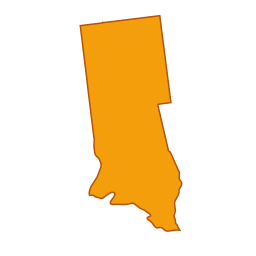 outline of North Darfur, rotated 353°
{"feature_id": "SDN-881", "entity_name": "North Darfur", "entity_type": "State", "adm_level": 1, "iso_a3": "SDN", "parent_name": "Sudan", "parent_adm1": "", "projection": "robinson", "projection_center": [25.452, 15.918], "detail": "fine", "context": "isolated", "style": "filled", "palette": "amber", "viewbox_px": 256, "rotation_deg": 353, "n_neighbors": 0, "source": "natural_earth", "source_scale": "10m", "svg_char_len": 2337}
<svg xmlns="http://www.w3.org/2000/svg" viewBox="0 0 256 256"><g transform="rotate(353 128 128)"><path d="M113.4,20.6L115.7,20.6L115.8,20.6L116.0,20.4L116.0,20.2L116.4,20.4L173.2,20.4L173.7,108.0L173.1,108.0L160.9,108.1L160.6,108.3L160.4,108.8L165.4,155.4L165.5,155.8L165.8,156.0L166.7,156.7L167.7,158.9L170.2,167.6L173.6,178.5L172.7,184.5L172.7,184.8L172.7,185.1L172.8,185.2L174.3,187.9L174.5,188.9L174.5,189.9L174.2,191.1L174.1,191.4L173.8,191.8L171.5,194.9L171.1,195.3L171.1,195.5L171.0,195.9L170.9,198.0L170.8,198.3L170.2,199.4L169.9,200.2L169.3,201.2L165.8,206.1L165.2,207.7L165.1,208.1L164.9,211.7L165.0,214.9L165.0,215.2L165.0,215.6L164.9,215.9L164.3,217.8L163.0,220.1L162.9,220.5L162.9,220.8L162.9,221.4L163.8,225.0L163.8,225.3L163.8,225.7L163.7,226.7L163.7,228.0L163.8,228.5L165.0,230.5L165.2,231.1L165.4,232.0L165.5,232.6L167.0,235.8L163.7,235.1L154.7,235.2L153.8,234.9L152.7,234.4L151.5,233.4L150.5,232.2L150.1,231.8L149.3,231.2L148.0,230.7L147.0,230.6L146.2,230.7L145.5,230.8L144.7,230.7L143.8,230.3L142.6,229.1L140.3,225.1L138.4,222.8L136.9,221.5L136.3,220.6L136.0,220.1L136.1,219.6L136.2,219.4L136.5,219.2L137.0,218.9L139.0,218.3L139.5,218.0L139.7,217.5L139.7,217.0L139.4,216.5L139.0,216.0L134.0,211.4L132.9,210.8L129.8,208.8L125.4,204.3L124.8,203.9L124.0,203.5L123.0,203.3L122.0,203.2L118.3,203.6L114.5,203.4L107.5,202.3L103.2,201.9L102.4,201.7L101.7,201.2L101.4,200.6L101.4,199.8L101.8,199.0L102.3,198.2L105.4,194.8L106.4,193.5L106.7,192.8L106.9,192.3L106.9,191.8L106.8,191.2L106.4,190.6L105.9,190.2L105.2,190.0L104.3,189.9L103.5,190.0L102.5,190.3L98.8,191.9L95.1,194.2L94.1,194.6L93.1,194.7L92.4,194.6L90.7,193.7L88.2,192.9L87.5,192.5L86.8,192.0L86.2,191.3L85.5,190.8L84.8,190.4L84.2,190.3L82.9,190.3L82.2,190.2L81.7,190.0L81.5,189.2L81.5,187.9L82.3,185.3L83.9,182.0L91.3,173.0L96.2,163.9L96.5,162.9L96.8,162.0L96.8,160.9L96.8,159.8L96.3,157.4L95.7,155.7L95.0,154.3L94.1,153.1L93.0,151.7L92.4,150.8L92.1,149.4L91.9,147.8L92.0,143.8L91.9,142.5L93.3,133.8L93.0,133.2L93.0,131.6L93.0,125.5L93.0,119.4L93.0,113.3L93.0,107.2L93.0,101.0L93.0,94.9L93.0,88.8L93.0,82.7L93.1,76.6L93.1,70.4L93.1,64.3L93.1,58.2L93.1,52.1L93.1,46.0L93.1,39.8L93.1,33.7L93.1,30.4L93.1,27.1L93.1,23.9L93.1,20.6L96.8,20.6L98.8,20.6L101.4,20.6L104.4,20.6L107.3,20.6L110.1,20.6L113.4,20.6Z" fill="#f59e0b" stroke="#b45309" stroke-width="1.5"/></g></svg>